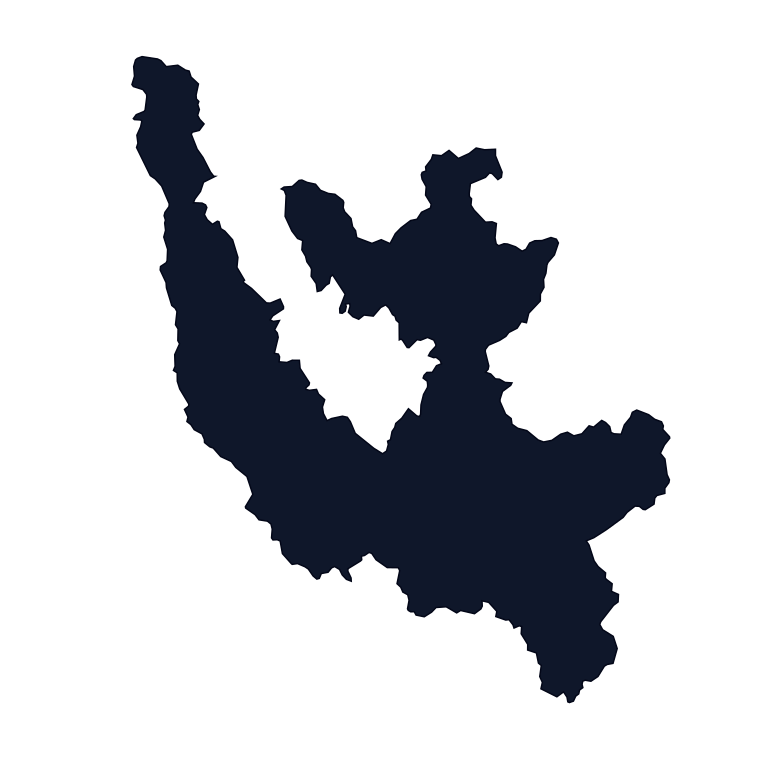 Hoa An, Cao Bằng, Vietnam, rotated 189°
{"feature_id": "81297802B75378675708985", "entity_name": "Hoa An", "entity_type": "district", "adm_level": 2, "iso_a3": "VNM", "parent_name": "Vietnam", "parent_adm1": "Cao Bằng", "projection": "albers", "projection_center": [106.208, 22.687], "detail": "fine", "context": "isolated", "style": "filled", "palette": "ink", "viewbox_px": 768, "rotation_deg": 189, "n_neighbors": 0, "source": "geoboundaries", "source_scale": "gbopen_adm2", "svg_char_len": 6157}
<svg xmlns="http://www.w3.org/2000/svg" viewBox="0 0 768 768"><g transform="rotate(189 384 384)"><path d="M583.2,562.7L584.7,562.6L588.6,566.3L598.2,579.4L605.3,586.7L613.4,600.5L612.8,602.7L606.1,605.6L602.4,612.7L607.4,616.6L610.1,620.2L609.3,626.2L611.7,630.9L611.1,634.1L613.9,636.2L614.8,640.0L614.2,651.3L622.6,657.0L625.4,662.6L629.3,663.0L637.5,666.6L648.7,663.4L654.9,668.5L658.5,669.6L674.2,669.5L678.6,667.0L680.1,665.1L680.9,658.4L678.6,649.0L679.8,640.3L678.1,638.6L668.2,637.1L663.8,632.9L663.2,630.3L662.8,617.3L663.6,615.7L670.8,611.3L673.1,606.9L671.9,606.1L665.7,606.7L664.3,605.8L664.6,600.0L667.0,591.1L664.7,583.3L665.4,578.9L647.4,553.3L642.1,550.8L634.6,544.8L624.3,528.4L624.1,525.5L627.2,519.3L627.5,515.8L625.5,511.7L625.8,508.7L623.8,501.6L624.5,494.7L618.8,483.2L617.5,471.9L618.1,469.7L623.1,465.1L622.9,461.6L615.1,450.1L613.9,444.9L605.9,428.4L602.1,426.2L599.8,423.2L599.2,409.9L596.0,406.2L594.4,394.6L592.2,391.7L595.3,380.3L593.1,368.8L594.1,364.5L590.0,362.7L588.6,354.4L585.0,347.2L573.6,333.6L573.6,331.5L577.1,327.7L572.4,320.7L572.8,316.1L568.4,313.7L564.3,309.2L556.0,306.3L552.8,301.3L552.1,298.1L546.2,294.7L542.6,294.0L533.9,286.8L522.6,283.6L517.3,278.4L504.9,271.2L496.3,254.5L501.7,241.1L501.2,239.8L490.9,234.8L486.2,230.3L477.7,230.3L473.7,228.0L471.7,223.2L471.0,214.4L469.3,212.6L465.1,213.5L462.0,212.7L457.8,200.6L447.6,192.2L446.5,191.5L441.3,193.1L433.4,191.1L429.8,189.4L424.0,183.3L419.8,180.8L417.5,181.9L416.3,187.0L409.8,189.3L407.0,194.2L404.2,196.0L398.9,193.9L395.4,188.9L390.6,185.2L385.5,184.1L386.2,187.3L390.5,193.6L390.6,196.0L379.5,205.5L378.5,206.9L379.4,210.4L376.4,211.6L372.5,215.3L369.6,214.8L364.4,209.2L352.1,203.2L341.1,204.8L339.3,202.1L339.9,188.8L335.7,186.0L332.8,181.4L327.6,179.6L325.4,174.3L325.6,165.6L324.6,164.2L322.1,163.2L318.5,163.8L316.2,160.8L307.8,160.4L301.3,166.1L297.6,171.4L287.7,173.7L276.4,169.3L272.9,172.3L258.7,171.3L253.1,177.0L252.2,180.0L253.3,185.2L246.4,184.7L237.0,177.1L237.2,171.8L226.8,169.9L223.7,170.8L219.0,166.4L217.4,163.3L212.7,166.3L210.1,166.0L209.4,158.7L201.3,149.3L200.5,143.7L191.4,142.2L187.8,132.5L184.6,130.6L184.4,119.4L180.9,114.1L181.3,107.5L164.3,102.1L158.5,108.0L154.3,103.4L152.7,98.8L151.0,98.4L147.3,100.4L145.8,105.7L143.2,108.4L143.0,112.3L140.1,115.2L141.4,118.4L141.2,121.6L138.9,122.9L133.1,122.8L126.9,128.6L122.2,139.8L119.7,141.9L114.1,143.9L112.3,159.2L118.1,170.6L129.6,175.5L133.3,180.3L132.7,183.2L122.7,201.3L118.7,205.4L119.5,212.8L126.9,214.8L127.4,222.4L134.1,226.0L135.2,227.3L135.6,232.1L144.0,237.2L148.8,242.2L156.3,257.0L159.7,260.7L152.7,265.0L141.5,275.0L126.9,289.7L123.9,295.2L116.9,302.7L112.6,303.1L108.5,300.7L106.3,300.7L98.5,307.6L98.7,313.6L97.0,316.6L89.5,319.9L90.3,325.0L87.2,331.1L87.1,334.0L90.2,338.7L94.8,353.9L100.2,358.8L97.5,367.7L93.3,375.2L93.8,376.6L101.6,382.8L101.5,386.3L104.0,390.1L111.1,391.5L117.8,395.1L130.3,397.8L134.3,394.9L135.3,389.6L140.2,381.2L141.9,371.5L149.0,370.8L152.1,371.6L154.4,377.2L159.1,380.6L163.3,382.1L170.2,374.2L174.9,374.8L180.7,365.8L188.4,362.5L195.3,365.1L201.6,362.1L209.4,354.6L217.3,351.7L222.9,352.8L235.6,360.3L245.0,361.2L251.3,364.3L253.0,369.8L259.2,373.2L266.7,384.9L267.0,387.1L265.8,395.2L258.6,402.6L257.8,405.1L264.7,404.5L270.7,406.8L274.8,406.5L280.2,410.6L285.6,411.5L283.5,414.7L283.3,418.2L289.1,431.9L289.2,434.1L286.8,438.7L276.6,445.2L271.1,450.1L268.8,454.4L261.2,460.0L258.1,467.1L252.9,466.8L252.1,476.6L242.6,490.5L243.6,497.4L241.1,504.5L242.8,512.3L241.4,518.7L241.7,527.0L241.1,529.7L235.9,538.2L233.8,550.6L236.4,554.0L242.0,554.8L250.3,550.4L257.4,549.1L262.2,546.0L264.8,539.3L268.4,536.8L275.5,540.1L283.9,541.6L287.4,541.3L292.4,538.5L295.1,539.9L297.2,545.7L298.1,560.1L302.6,561.1L309.1,559.7L322.2,569.8L326.1,574.2L326.5,580.6L329.0,582.6L329.6,585.3L330.0,595.4L316.1,604.0L312.8,609.0L310.0,608.7L303.5,603.7L300.4,606.6L300.5,611.7L309.6,626.9L310.6,633.3L321.3,631.1L329.9,631.5L335.9,625.0L345.8,618.4L356.3,624.9L362.9,618.5L371.6,618.0L372.4,613.3L376.9,605.0L375.8,601.0L379.4,599.0L379.9,596.5L378.4,592.2L373.2,585.5L372.5,577.1L365.5,568.9L365.6,565.1L373.8,559.5L377.2,551.9L383.3,549.6L391.6,540.9L396.3,534.3L400.0,523.6L409.3,526.1L417.9,521.0L433.8,524.3L436.1,531.0L439.6,534.4L442.5,542.3L449.8,548.0L451.9,551.7L452.2,557.1L453.3,558.9L462.1,563.7L468.8,563.5L477.1,565.4L482.9,570.6L491.5,571.1L497.0,572.6L499.7,571.8L505.5,564.7L513.5,562.9L516.0,560.6L512.8,559.6L510.2,555.0L507.9,534.1L498.9,520.7L492.1,514.2L486.8,513.0L486.1,503.6L481.5,498.0L479.3,492.7L474.6,487.8L473.5,485.8L472.8,479.0L466.7,472.6L464.4,464.9L460.7,466.5L456.6,472.6L453.9,474.8L453.7,481.4L451.8,483.7L436.4,466.6L439.6,451.7L438.7,447.3L436.3,447.3L433.7,449.9L433.4,454.6L434.6,457.0L430.5,458.1L429.7,455.6L430.4,449.3L425.3,445.6L419.1,444.0L414.5,449.0L405.2,449.4L399.2,459.1L394.7,462.4L391.1,459.9L386.4,453.9L383.7,452.7L382.0,449.0L378.6,446.8L375.8,430.0L374.3,431.0L372.7,430.3L366.8,423.7L365.0,423.8L358.3,433.0L354.8,432.9L348.3,436.8L341.7,435.2L338.8,430.9L338.8,429.4L343.2,422.7L344.5,418.9L339.1,417.8L336.7,418.5L332.3,416.1L330.4,413.0L335.0,410.3L338.1,403.1L343.5,402.1L345.8,398.8L346.3,396.0L341.7,393.5L340.7,389.9L340.5,387.5L343.3,379.9L344.2,369.2L343.1,359.7L343.9,357.4L346.6,357.6L356.0,363.4L361.1,353.0L366.2,346.9L366.6,342.7L368.6,338.4L368.9,330.0L371.5,328.1L370.3,324.9L371.0,318.2L374.5,314.9L384.0,318.9L404.7,330.8L411.3,341.5L415.0,345.4L420.0,345.7L430.4,341.7L434.5,338.9L439.2,345.3L441.2,351.6L440.1,359.2L447.1,363.8L449.8,368.1L456.7,366.1L460.4,366.5L460.5,368.1L457.9,371.4L457.8,373.5L469.3,386.3L471.3,394.2L478.4,393.1L483.2,390.1L491.1,389.5L491.4,394.5L493.0,397.0L497.1,397.2L495.8,413.6L497.4,417.7L500.5,420.5L497.2,430.3L503.2,428.5L506.6,429.5L504.5,433.9L495.1,442.5L495.3,444.6L499.9,451.7L509.0,446.1L512.8,445.7L529.8,457.7L538.5,462.2L538.9,463.9L538.0,464.7L547.5,476.2L548.1,486.2L556.1,502.7L565.2,510.1L569.4,511.9L572.4,518.5L574.1,518.7L578.4,514.9L584.3,518.6L587.9,523.2L586.6,530.6L588.3,533.0L592.0,534.2L600.6,533.2L599.7,537.2L595.4,545.5L593.8,555.1L583.2,562.7Z" fill="#0f172a" stroke="#020617" stroke-width="1.5"/></g></svg>